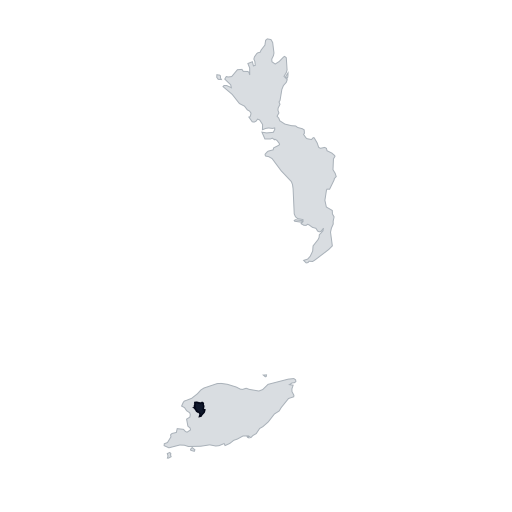 Kuala Krai, Kelantan, Malaysia (highlighted), rotated 281°
{"feature_id": "92858781B31305353938168", "entity_name": "Kuala Krai", "entity_type": "district", "adm_level": 2, "iso_a3": "MYS", "parent_name": "Malaysia", "parent_adm1": "Kelantan", "projection": "albers", "projection_center": [102.231, 5.431], "detail": "fine", "context": "in_parent", "style": "filled", "palette": "ink", "viewbox_px": 512, "rotation_deg": 281, "n_neighbors": 0, "source": "geoboundaries", "source_scale": "gbopen_adm2", "svg_char_len": 5028}
<svg xmlns="http://www.w3.org/2000/svg" viewBox="0 0 512 512"><g transform="rotate(281 256 256)"><path d="M435.1,253.0L432.3,252.6L428.5,250.4L424.5,249.6L413.3,249.9L411.6,249.2L409.5,250.6L405.5,249.5L403.3,249.7L400.8,251.2L397.3,250.0L395.6,252.1L393.3,253.5L391.0,259.2L390.7,265.9L391.2,270.1L390.1,272.4L389.8,277.1L389.0,279.2L385.8,280.1L384.4,279.5L381.6,282.4L380.9,283.6L380.9,288.2L383.1,289.6L383.1,290.6L378.6,294.5L374.6,296.8L374.0,298.7L375.7,302.7L375.1,304.6L372.9,305.6L371.5,310.8L369.6,314.1L368.9,314.5L366.1,313.5L355.4,315.1L352.3,317.9L349.3,319.6L346.9,318.1L345.7,318.2L335.6,315.5L335.2,313.0L334.2,312.6L323.8,313.0L317.5,315.7L315.2,322.2L311.8,323.0L309.3,325.2L304.8,325.1L302.1,325.7L297.7,324.7L293.6,324.6L280.5,329.0L276.2,326.1L263.3,314.6L261.4,312.6L261.0,309.1L259.6,308.4L259.1,307.5L258.8,306.5L260.8,303.6L262.8,307.3L266.1,309.3L271.6,310.7L276.8,310.1L284.0,313.8L286.4,314.4L288.9,314.1L293.4,316.9L296.2,317.0L292.5,315.0L291.8,313.5L292.2,311.8L294.6,309.5L294.9,305.9L296.6,302.3L297.0,300.6L295.6,299.3L295.3,297.1L296.3,294.1L298.7,295.6L300.7,295.2L300.7,289.6L302.1,287.2L304.6,285.5L329.0,279.6L333.1,278.2L335.8,276.5L344.4,264.5L354.7,253.2L356.0,249.3L355.9,246.5L356.5,245.9L357.6,245.5L360.0,246.9L361.2,247.9L363.5,252.6L365.5,252.7L369.0,257.2L369.9,257.8L370.9,257.4L373.5,254.5L374.2,252.3L373.6,252.0L374.8,249.5L373.7,248.0L372.6,242.4L378.7,238.2L378.8,242.8L380.7,249.4L383.8,250.3L385.3,249.9L384.4,247.9L384.1,244.0L383.2,241.4L381.2,238.2L386.3,237.4L390.2,233.7L390.7,231.5L388.2,230.2L387.1,228.6L387.0,226.7L391.0,222.5L391.5,223.6L394.0,223.9L395.3,223.8L397.0,222.1L397.8,219.6L400.9,216.1L402.5,210.6L410.1,201.8L416.0,191.3L417.3,192.1L417.7,194.8L416.5,199.7L419.2,198.5L423.7,191.6L426.5,192.6L426.4,194.5L427.5,197.9L435.3,202.2L436.5,206.6L434.8,208.3L435.6,212.6L435.0,214.0L432.5,215.3L439.4,213.9L443.4,211.3L446.0,215.4L442.1,217.2L443.0,218.9L446.7,217.8L448.9,216.3L451.2,216.5L454.8,218.1L455.9,219.1L456.7,221.1L459.3,221.8L464.7,224.5L469.6,224.3L471.3,225.7L471.3,229.4L468.8,231.6L458.7,234.9L456.1,234.9L452.3,233.9L449.7,234.6L448.1,238.2L451.3,241.6L456.6,245.1L457.4,246.0L456.4,247.9L444.6,251.0L442.1,250.8L437.7,249.2L435.1,253.0ZM51.1,207.1L52.3,202.0L54.2,201.8L56.0,204.7L62.2,207.0L64.1,206.3L65.0,206.8L65.8,207.5L67.6,211.5L71.5,211.6L72.0,217.9L70.2,220.3L69.9,222.0L72.8,224.9L74.5,224.2L76.0,221.6L82.6,219.0L85.2,221.8L87.7,221.8L89.5,220.8L90.9,217.4L93.5,214.8L94.5,211.6L98.3,212.5L99.8,213.2L104.0,220.0L109.6,224.8L113.9,227.4L116.4,230.0L123.4,242.3L124.3,246.3L124.6,252.4L123.6,261.6L122.3,266.1L122.5,268.3L124.3,271.6L123.8,274.8L124.0,284.6L126.2,288.1L132.3,292.3L141.3,311.2L142.9,316.5L142.0,318.5L140.4,319.1L139.0,318.0L138.2,315.5L136.1,313.4L136.3,317.1L132.4,316.6L129.7,317.2L126.5,319.8L125.0,319.9L122.3,315.1L112.1,309.7L108.3,308.3L104.4,304.2L95.5,299.7L89.8,295.3L87.4,292.5L81.7,290.1L79.2,287.2L76.7,285.6L78.0,282.9L76.8,277.5L72.8,272.7L70.8,269.3L67.0,266.0L64.0,261.8L65.8,260.5L62.8,256.0L61.8,252.8L61.8,246.6L58.7,238.0L56.1,226.0L56.6,221.8L55.9,217.2L51.1,207.1ZM423.9,187.2L422.6,188.4L422.2,185.2L423.9,183.4L426.5,183.0L426.6,185.9L426.0,186.7L423.9,187.2ZM45.1,206.6L46.7,208.9L45.5,210.3L44.6,209.9L42.8,211.0L40.9,208.7L40.7,207.6L42.9,207.8L45.1,206.6ZM299.5,294.5L298.9,294.8L297.8,294.0L297.5,287.3L298.2,286.7L299.2,288.0L299.5,294.5ZM55.8,229.9L54.1,233.0L52.5,232.7L52.8,229.1L53.8,228.6L55.8,229.9ZM441.9,252.5L438.8,253.0L436.7,253.0L436.9,251.2L438.0,250.9L441.9,252.5ZM141.3,289.0L139.6,289.0L139.2,288.2L140.5,285.9L141.3,289.0ZM77.2,283.4L76.1,283.8L76.3,282.4L77.1,281.6L77.2,283.4Z" fill="#d9dde1" stroke="#a8b0b8" stroke-width="1"/><path d="M94.8,224.8L94.6,225.1L94.3,225.3L94.3,225.5L94.4,225.8L94.2,225.9L94.1,226.0L93.9,226.2L93.6,226.1L93.4,226.2L93.3,226.3L93.3,226.5L93.2,226.7L93.1,226.8L93.0,227.0L92.9,227.3L93.0,227.5L92.9,227.6L92.7,227.7L92.4,227.5L92.4,227.3L92.2,227.3L92.1,227.7L92.0,227.9L92.1,228.1L92.2,228.5L92.1,228.9L91.7,228.9L91.8,229.7L90.2,231.3L87.6,231.1L88.3,232.6L89.1,232.9L89.9,233.2L92.6,234.9L94.1,235.1L95.3,235.1L95.2,233.4L98.7,233.4L100.0,232.5L101.4,232.4L101.5,232.2L101.7,231.9L101.7,231.6L101.7,231.4L101.7,231.2L101.9,231.2L102.0,231.0L101.9,230.9L101.6,230.7L101.4,230.4L101.3,230.2L101.1,230.1L100.9,230.0L100.7,229.7L100.8,229.6L101.1,229.3L101.1,229.1L101.1,228.8L101.1,228.7L100.9,228.6L100.9,228.2L100.9,227.9L100.7,227.6L100.9,227.5L101.0,227.3L101.1,227.1L101.2,226.9L101.2,226.7L101.1,226.3L101.0,226.2L101.0,225.8L101.0,225.7L101.1,225.4L100.9,225.2L100.8,224.9L100.8,224.7L100.8,224.4L100.8,224.1L100.6,223.9L100.4,224.0L100.2,224.0L99.8,224.2L99.6,224.2L99.5,224.3L99.2,224.3L99.1,224.2L99.0,224.3L98.8,224.3L98.6,224.3L98.4,224.5L98.0,224.5L97.8,224.4L97.6,224.4L97.5,224.2L97.2,224.3L96.9,224.3L96.7,224.2L96.5,224.3L96.5,224.5L96.5,224.8L96.4,224.9L96.2,225.0L95.9,224.9L95.7,224.6L95.7,224.8L95.4,224.9L95.0,225.1L94.8,224.9L94.8,224.8Z" fill="#0f172a" stroke="#020617" stroke-width="1.5"/></g></svg>